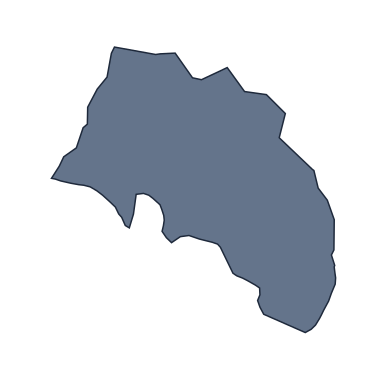 Ika, Akwa Ibom, Nigeria (Mercator projection), rotated 263°
{"feature_id": "59680162B87230656090923", "entity_name": "Ika", "entity_type": "district", "adm_level": 2, "iso_a3": "NGA", "parent_name": "Nigeria", "parent_adm1": "Akwa Ibom", "projection": "mercator", "projection_center": [7.523, 5.022], "detail": "fine", "context": "isolated", "style": "filled", "palette": "slate", "viewbox_px": 384, "rotation_deg": 263, "n_neighbors": 0, "source": "geoboundaries", "source_scale": "gbopen_adm2", "svg_char_len": 1229}
<svg xmlns="http://www.w3.org/2000/svg" viewBox="0 0 384 384"><g transform="rotate(263 192 192)"><path d="M222.7,54.2L221.4,58.1L219.0,63.0L215.4,73.0L213.1,80.4L211.9,85.4L209.5,91.6L204.7,97.8L199.8,102.8L192.5,109.1L186.4,114.1L179.1,116.6L175.5,119.1L166.9,121.7L164.0,125.4L177.2,131.2L196.5,136.3L196.5,143.7L194.1,148.7L190.5,152.4L183.2,158.7L178.3,159.9L172.1,161.1L167.4,161.0L162.0,159.5L156.6,157.5L149.8,161.0L147.1,163.2L144.2,165.5L149.1,175.0L149.2,183.7L144.4,193.6L142.0,199.8L139.6,206.1L138.1,209.1L137.2,211.0L133.9,213.3L133.5,213.5L106.3,222.8L103.3,226.3L100.4,231.7L97.4,236.1L92.0,243.4L88.5,247.4L81.7,246.9L76.3,243.9L69.4,245.4L61.9,248.3L38.7,287.3L41.2,293.5L41.4,293.8L44.9,298.4L51.1,303.3L54.3,305.5L58.5,308.2L67.1,314.3L74.5,318.0L83.1,322.9L89.3,324.1L94.2,324.0L100.3,324.0L101.7,324.7L112.5,322.7L117.2,325.8L147.2,329.8L167.4,325.3L180.5,317.7L198.5,315.6L199.7,314.3L234.9,285.4L235.3,285.2L258.5,294.2L279.6,277.7L285.3,256.4L311.2,242.1L302.3,215.1L305.3,206.4L331.9,192.2L333.0,177.2L332.9,172.7L345.3,132.7L339.5,128.9L316.4,121.7L305.7,110.5L288.9,98.8L272.1,96.4L269.1,91.8L249.9,82.6L242.6,69.0L233.8,63.4L222.7,54.2Z" fill="#64748b" stroke="#1e293b" stroke-width="1.5"/></g></svg>